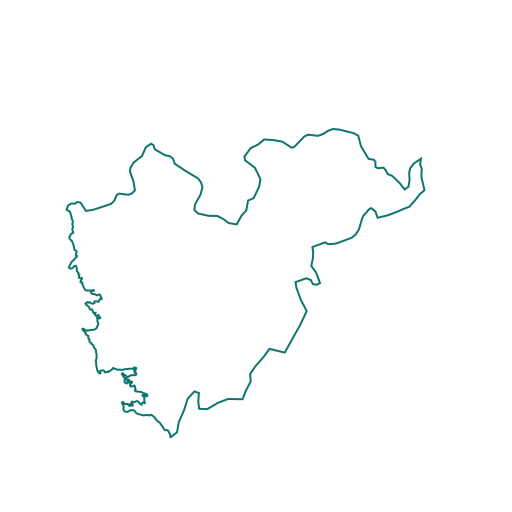 Tumanian, Lori, Armenia, rotated 250°
{"feature_id": "60910142B81526699291587", "entity_name": "Tumanian", "entity_type": "district", "adm_level": 2, "iso_a3": "ARM", "parent_name": "Armenia", "parent_adm1": "Lori", "projection": "equal_earth", "projection_center": [44.669, 40.997], "detail": "fine", "context": "isolated", "style": "outline", "palette": "teal", "viewbox_px": 512, "rotation_deg": 250, "n_neighbors": 0, "source": "geoboundaries", "source_scale": "gbopen_adm2", "svg_char_len": 5870}
<svg xmlns="http://www.w3.org/2000/svg" viewBox="0 0 512 512"><g transform="rotate(250 256 256)"><path d="M291.0,444.3L288.9,435.8L285.5,430.7L281.2,428.1L275.1,426.4L269.0,423.0L267.7,418.4L275.3,416.0L285.0,411.2L287.8,407.8L292.1,407.3L295.4,406.0L296.9,400.4L298.8,398.7L303.6,400.4L306.0,399.8L308.8,395.0L323.1,392.2L334.1,393.2L338.0,389.8L346.2,377.7L349.0,371.8L349.0,366.6L347.7,360.8L347.7,355.4L352.2,346.4L351.8,342.3L345.4,329.3L345.6,326.5L354.3,320.0L358.8,312.3L362.7,303.6L360.1,296.3L359.2,287.9L353.5,279.3L349.9,278.4L339.3,285.1L326.9,286.5L320.2,282.8L311.2,273.6L310.8,267.5L302.1,262.4L299.0,256.4L292.3,248.6L296.4,241.5L301.8,238.0L306.8,233.5L310.0,225.1L315.8,216.0L320.4,213.9L325.2,216.2L332.8,225.0L339.1,229.3L343.7,229.5L348.6,228.2L359.9,219.0L370.3,211.3L376.0,211.2L379.4,209.0L381.8,204.9L390.9,197.4L395.3,197.5L397.4,195.7L395.9,189.8L388.9,183.0L385.6,172.8L381.7,168.1L378.5,166.4L368.3,166.4L359.1,164.7L357.2,160.8L357.2,157.0L361.5,148.5L360.8,145.8L356.5,141.8L354.5,137.5L355.1,118.8L356.5,111.6L366.1,109.4L367.9,106.6L367.1,103.8L368.4,100.5L368.0,97.0L364.4,93.8L361.2,96.3L357.5,96.2L354.3,95.7L351.7,95.8L350.3,95.4L349.0,94.4L345.4,93.8L344.9,93.1L343.8,92.5L342.9,92.3L341.5,92.4L340.3,92.1L340.2,90.7L340.0,89.9L337.9,87.3L336.8,86.8L336.0,86.7L333.5,87.9L332.1,88.2L329.7,88.3L327.4,88.1L324.0,87.5L322.2,89.0L321.1,88.8L318.8,87.0L318.0,87.2L317.2,87.8L316.6,87.4L315.5,84.8L314.6,83.4L313.6,80.9L313.1,80.0L312.0,79.1L309.8,76.7L309.1,76.2L308.1,76.8L307.4,77.8L307.3,78.6L307.6,79.6L308.8,82.4L308.6,83.1L308.0,83.4L306.7,83.6L302.9,82.5L301.0,83.4L300.5,83.2L299.8,82.7L298.7,83.6L296.6,82.2L295.9,82.4L295.2,83.2L295.1,84.7L294.2,84.7L293.4,83.9L292.5,82.7L291.5,82.2L290.9,82.7L290.4,83.7L289.4,83.3L286.4,83.2L283.0,83.8L281.9,84.4L281.3,85.5L281.1,86.3L280.4,87.9L279.4,91.9L278.9,91.7L279.2,89.0L278.5,88.5L277.4,88.5L276.7,88.9L275.1,91.5L273.6,92.8L273.3,93.4L273.6,94.1L273.6,95.1L273.1,96.0L272.5,96.4L270.7,96.0L269.2,96.6L268.2,96.1L268.8,94.6L268.5,93.9L267.3,93.0L266.9,92.5L266.9,91.8L268.1,90.6L268.6,88.9L268.0,88.3L267.0,88.1L266.8,87.6L266.9,86.7L267.5,85.5L268.4,84.5L269.2,84.2L269.5,83.8L269.7,83.2L269.5,82.3L270.2,81.9L270.2,81.0L270.0,80.1L269.5,79.6L268.6,79.6L265.7,81.4L262.6,81.8L262.1,82.7L261.8,83.7L258.1,83.8L257.6,84.2L257.5,85.8L257.2,85.7L256.7,85.1L256.1,84.7L255.1,84.9L254.4,85.3L254.2,86.2L254.5,87.2L254.4,87.8L253.2,87.7L252.3,87.8L251.7,88.4L250.9,88.3L251.0,87.2L252.1,86.3L252.5,85.7L251.9,85.4L250.8,85.4L249.2,84.7L246.4,84.8L245.2,83.9L243.8,82.4L242.7,81.5L242.2,79.7L242.1,78.6L242.7,76.8L243.5,72.3L244.2,71.0L245.3,69.7L246.5,69.1L246.9,68.5L246.8,67.9L246.2,67.9L244.5,68.4L244.1,68.8L242.0,69.7L241.7,69.3L241.2,69.2L240.4,69.4L239.8,69.9L238.9,70.4L238.1,71.2L236.5,70.4L235.0,70.5L234.3,70.9L232.9,70.3L232.0,70.3L230.3,71.5L229.8,71.3L227.5,72.7L226.5,72.4L225.6,72.5L222.3,73.4L220.1,72.7L218.8,72.7L215.1,71.5L214.1,71.0L212.5,69.6L210.9,69.5L208.9,68.7L206.7,68.3L202.2,67.7L199.9,68.4L198.9,69.2L198.9,69.6L199.3,69.8L200.8,69.9L201.4,70.2L201.2,72.3L200.9,73.2L200.3,73.8L199.3,74.2L198.4,74.2L198.0,74.8L198.2,76.6L197.5,77.4L198.0,78.7L197.9,79.6L198.3,80.5L198.6,80.9L198.7,82.2L199.6,83.4L199.4,83.9L198.7,84.2L198.0,85.2L196.3,87.2L195.9,88.9L194.8,91.1L194.4,94.3L192.9,100.0L192.2,101.6L192.0,102.6L192.8,103.2L192.4,103.5L192.2,104.7L191.5,105.1L190.9,104.5L190.7,103.0L190.4,102.6L189.3,103.4L189.0,102.9L188.8,102.2L188.1,102.1L187.4,102.3L186.9,103.2L186.3,103.4L185.5,102.8L185.4,102.4L185.7,100.5L186.6,98.2L186.6,96.5L186.1,94.9L186.3,94.0L186.9,93.3L188.0,92.8L189.8,91.4L191.1,90.9L191.5,90.2L191.0,89.5L187.3,90.4L186.2,90.9L185.7,92.1L185.2,92.4L184.7,92.0L184.7,91.1L184.2,89.9L182.1,89.4L180.4,90.9L180.4,91.5L180.7,92.1L182.5,92.3L183.2,92.8L183.5,93.2L183.4,93.9L183.1,94.3L182.3,94.5L180.8,93.3L180.4,93.6L180.7,94.8L180.7,95.4L180.5,96.3L179.8,96.4L178.1,93.7L177.3,93.4L176.6,93.4L176.1,94.0L175.8,94.9L175.9,97.4L175.4,97.6L173.8,97.3L173.3,97.5L172.3,97.4L172.1,96.9L170.9,96.2L170.2,96.5L169.6,97.1L169.5,98.1L168.9,98.8L167.6,101.3L167.0,102.2L165.7,103.2L164.3,105.1L163.1,106.3L162.2,106.4L161.7,105.9L161.6,105.3L161.9,104.5L162.7,103.9L163.6,102.9L164.1,102.3L163.9,101.7L163.1,101.8L162.0,102.6L161.3,102.6L158.0,101.5L155.8,101.3L155.9,100.8L156.6,100.2L157.1,99.4L156.6,98.5L155.4,97.8L156.4,96.7L159.6,95.5L160.5,94.2L160.3,91.9L160.4,91.1L160.5,90.7L161.6,89.8L161.5,89.3L160.3,89.2L158.6,89.2L157.6,89.0L157.8,88.1L160.0,87.3L159.8,86.6L158.3,86.5L158.2,86.0L159.2,85.3L161.0,84.7L161.2,84.4L161.2,83.5L161.9,81.8L164.3,81.2L164.3,80.5L164.0,79.8L160.8,80.3L158.6,79.7L157.6,79.0L156.7,78.9L155.4,79.2L154.4,80.0L153.7,81.5L153.5,82.3L153.6,83.4L153.9,83.9L153.9,86.0L153.4,87.0L153.0,88.2L151.4,89.2L149.9,89.5L148.8,90.1L148.0,91.0L144.7,95.7L144.4,96.8L144.3,98.2L143.0,100.9L142.5,101.6L142.8,102.4L142.5,103.4L140.4,104.8L139.5,105.2L134.5,106.9L132.8,108.3L131.9,108.7L130.6,108.9L128.0,109.8L124.7,110.3L123.4,111.2L123.0,111.8L123.0,112.6L122.0,113.7L119.8,113.8L118.9,114.1L117.5,114.3L115.2,113.7L114.6,113.1L117.4,121.5L126.4,126.7L135.5,135.5L145.2,142.9L149.8,151.8L146.8,155.5L138.5,151.8L131.8,150.4L128.8,157.8L131.1,170.5L131.2,180.9L126.0,194.4L132.6,200.1L139.9,208.1L147.2,210.2L152.4,217.4L158.3,228.2L164.1,236.9L155.4,250.0L176.0,273.8L186.9,284.8L199.9,283.1L212.4,283.1L217.9,284.2L217.9,295.5L214.7,299.3L210.3,299.8L208.2,303.1L208.7,306.9L220.1,306.8L227.7,304.6L234.8,308.9L240.2,311.1L245.1,312.1L245.2,325.6L242.5,327.8L241.4,331.0L240.3,335.9L240.4,352.1L242.0,356.9L245.8,361.8L250.7,365.5L254.5,368.2L257.3,370.9L258.9,374.2L261.1,377.9L261.6,380.6L257.3,383.4L250.3,383.4L249.2,393.6L249.3,403.9L249.8,410.9L249.8,416.9L254.2,425.0L258.0,430.9L260.2,436.8L273.2,438.4L276.5,439.5L281.4,441.6L286.2,441.6L291.0,444.3Z" fill="none" stroke="#0f766e" stroke-width="2"/></g></svg>